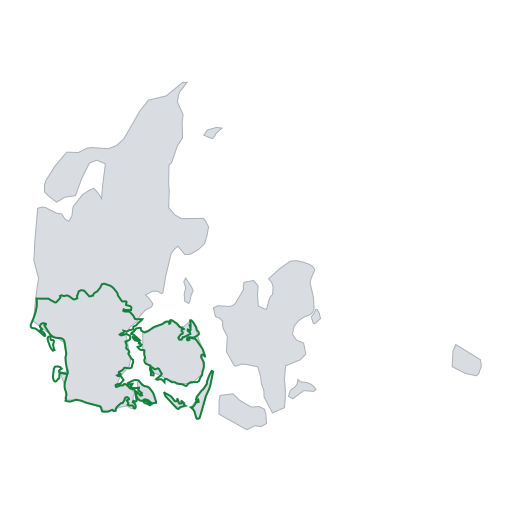 Syddanmark on a map of Denmark (Albers equal-area conic projection)
{"feature_id": "DNK-3417", "entity_name": "Syddanmark", "entity_type": "Region", "adm_level": 1, "iso_a3": "DNK", "parent_name": "Denmark", "parent_adm1": "", "projection": "albers", "projection_center": [9.703, 55.339], "detail": "fine", "context": "in_parent", "style": "outline", "palette": "green", "viewbox_px": 512, "rotation_deg": 0, "n_neighbors": 0, "source": "natural_earth", "source_scale": "10m", "svg_char_len": 9604}
<svg xmlns="http://www.w3.org/2000/svg" viewBox="0 0 512 512"><path d="M135.1,409.1L134.2,409.1L130.1,408.1L127.1,405.8L119.6,407.4L109.4,411.2L103.8,411.0L99.4,406.8L81.2,400.8L78.2,400.3L66.2,399.9L65.7,390.6L64.3,383.9L60.3,373.9L66.6,371.6L65.7,352.2L63.6,342.1L46.5,331.5L33.2,321.1L37.1,287.4L38.6,278.3L33.9,260.6L34.9,240.2L37.7,208.3L42.0,207.1L45.0,207.3L56.7,213.3L61.7,213.9L65.0,219.1L68.9,221.3L71.9,215.9L73.1,206.6L82.6,194.6L89.2,190.3L93.7,188.2L98.2,193.1L101.6,198.6L102.5,186.6L105.4,163.8L96.6,160.2L89.4,163.2L82.1,177.6L75.5,195.6L65.0,197.2L56.6,202.2L49.3,196.7L44.5,191.9L44.5,185.0L45.7,180.9L54.8,166.3L66.7,152.2L78.4,152.5L87.1,148.1L92.2,147.6L108.2,148.7L116.4,145.6L123.7,139.1L139.5,111.6L148.4,100.1L166.2,95.9L182.5,82.5L187.1,82.3L179.5,92.2L178.3,96.1L177.4,102.0L183.1,114.6L182.1,122.4L182.6,137.7L177.4,145.7L171.6,162.7L169.0,165.2L168.6,184.9L169.3,189.6L168.6,207.6L174.9,214.9L181.5,218.7L203.5,218.3L205.8,221.5L208.6,227.0L206.8,236.5L204.6,243.6L198.3,249.7L190.1,254.3L184.9,254.6L177.9,246.2L174.6,249.0L171.2,253.3L165.6,276.6L163.0,292.4L161.5,293.7L158.2,291.4L152.6,291.2L145.4,295.0L149.1,298.3L153.0,304.1L151.5,307.0L145.2,310.2L139.6,316.5L137.2,321.3L130.1,327.0L125.7,334.2L127.8,343.1L128.8,351.0L130.7,359.7L128.9,366.6L120.1,376.5L116.7,385.1L124.4,385.0L129.1,387.0L131.8,389.5L134.7,393.1L132.9,397.6L135.1,409.1ZM313.5,297.8L314.1,309.0L312.6,312.3L310.3,314.6L304.0,317.1L298.7,320.5L294.0,326.3L292.5,334.3L296.5,340.1L303.6,343.0L305.8,354.1L300.3,359.8L285.6,365.8L284.5,379.1L285.3,389.6L285.3,397.2L284.5,407.7L272.5,412.9L264.1,397.1L263.9,390.7L261.3,383.3L260.7,376.9L257.7,366.8L246.2,364.4L241.8,364.1L235.7,366.2L234.1,365.5L226.4,351.7L227.3,336.3L223.2,328.6L222.6,325.1L222.6,321.2L219.4,318.1L215.4,316.5L213.4,307.9L217.8,305.7L228.9,306.5L232.1,305.8L235.0,303.9L243.5,289.5L243.2,286.4L244.1,282.3L253.6,280.5L258.1,285.9L257.5,294.7L258.3,306.0L264.3,308.9L266.6,309.3L268.7,300.9L270.3,296.8L272.6,294.4L273.1,286.8L271.6,282.2L268.6,278.8L279.1,269.1L290.1,261.2L296.6,260.6L303.2,262.2L309.4,264.4L312.8,266.5L314.8,269.9L311.1,278.3L310.1,282.9L313.5,297.8ZM192.5,320.7L195.2,326.6L198.6,339.0L204.0,352.9L201.9,358.7L203.5,366.2L202.2,374.0L191.9,383.3L180.3,383.8L168.2,379.5L151.1,371.2L149.7,366.5L147.3,363.8L142.7,349.5L142.8,331.7L151.3,329.5L169.7,320.9L174.0,322.2L178.5,326.5L183.7,326.7L191.0,320.4L192.5,320.7ZM239.8,400.4L251.3,407.1L259.1,406.5L264.4,409.2L265.8,413.6L266.5,423.5L261.1,426.6L254.9,425.8L246.7,429.7L219.0,414.2L219.1,400.7L220.1,395.4L233.0,393.8L239.8,400.4ZM478.7,373.7L476.5,375.8L465.6,373.5L452.2,366.7L453.0,351.3L455.8,344.5L480.5,359.8L481.3,366.2L478.7,373.7ZM199.5,417.0L196.7,417.7L192.6,408.7L192.1,405.8L196.6,399.9L199.4,393.3L206.9,383.1L211.1,371.1L212.8,371.3L211.0,381.9L201.5,411.5L199.5,417.0ZM155.9,402.2L149.2,403.8L145.7,401.1L139.4,400.1L137.2,382.8L137.8,381.8L141.0,383.0L151.8,391.0L155.6,399.8L155.9,402.2ZM316.0,389.6L313.6,391.4L303.7,390.6L292.8,398.8L288.5,396.4L289.9,391.4L291.0,389.6L294.7,387.3L297.1,384.2L297.9,379.3L300.3,381.8L307.2,382.6L310.6,384.1L313.5,386.2L316.0,389.6ZM189.8,301.3L188.8,303.4L184.7,301.3L184.2,294.1L185.7,287.5L183.8,281.7L185.7,278.0L191.4,286.6L193.1,290.7L191.0,295.6L189.8,301.3ZM214.7,136.1L212.3,138.8L203.8,135.2L207.4,130.0L216.5,127.4L221.9,128.1L216.1,133.4L214.7,136.1ZM183.2,406.4L178.9,407.6L173.9,405.2L165.8,396.0L164.8,393.6L169.0,395.1L174.3,399.9L178.6,400.9L184.5,404.9L183.2,406.4ZM320.5,318.6L314.7,323.7L313.4,323.5L311.2,317.0L314.2,312.9L315.9,309.4L317.2,309.5L319.2,313.1L320.5,318.6Z" fill="#d9dde1" stroke="#a8b0b8" stroke-width="1"/><path d="M107.8,411.7L103.1,411.7L102.0,411.2L101.0,407.2L99.9,406.2L86.3,402.8L81.2,400.7L76.1,399.7L70.2,401.6L67.8,401.4L65.5,400.7L66.1,398.7L65.6,398.0L66.5,394.9L66.0,392.0L65.0,389.3L64.5,386.4L64.8,382.8L67.3,374.1L59.7,372.9L59.5,373.8L59.2,378.1L58.8,378.7L58.2,378.8L56.5,381.0L55.5,381.5L54.5,381.3L53.6,380.0L52.9,377.2L53.8,368.9L55.0,366.7L57.7,366.4L60.4,367.2L61.7,368.7L60.2,369.5L59.0,370.9L59.2,372.2L66.5,373.7L67.8,373.2L67.7,371.1L66.6,367.2L65.8,362.4L65.4,357.6L66.3,353.8L64.6,342.0L63.7,339.9L62.1,338.6L59.9,338.0L55.6,337.8L52.6,336.8L50.0,334.3L44.4,325.5L44.5,324.7L45.9,324.5L45.9,323.8L43.2,323.1L41.8,323.5L40.7,324.4L39.9,326.0L40.1,327.0L41.9,329.1L40.9,329.5L40.1,330.6L41.6,330.9L43.3,332.1L44.7,333.8L45.2,335.7L44.4,336.0L36.9,329.5L35.4,328.6L31.7,327.8L30.8,326.8L30.7,325.1L34.5,315.6L35.8,311.3L36.7,306.7L36.9,302.2L36.5,298.6L48.6,298.7L50.6,300.1L55.1,302.5L56.2,302.3L60.3,297.9L60.5,297.4L60.0,296.0L61.4,295.3L64.0,296.1L66.7,295.4L68.8,296.0L73.2,299.2L74.2,299.5L77.3,298.3L77.0,295.7L77.7,294.7L78.7,291.4L81.0,290.2L84.1,290.6L89.3,296.4L91.5,296.1L92.1,295.5L93.0,295.6L93.5,294.2L94.4,293.0L97.2,291.4L100.2,287.7L101.9,284.2L104.3,283.7L110.2,285.7L112.1,286.9L113.7,288.4L116.9,292.4L117.4,293.2L118.0,295.6L121.9,301.2L122.9,301.5L125.1,301.3L126.3,301.5L126.6,302.2L126.0,304.2L126.1,305.0L130.3,306.2L131.0,306.9L131.4,307.8L131.0,310.1L125.2,310.0L123.7,309.3L123.3,310.9L124.6,311.5L129.1,311.6L130.0,312.1L133.2,315.5L135.0,318.9L136.3,319.2L142.3,319.2L141.3,320.5L138.0,323.1L136.2,325.4L133.4,326.7L133.2,328.8L133.0,329.3L129.0,330.3L126.7,331.6L123.7,330.8L124.1,331.6L123.2,332.9L120.8,333.6L119.7,334.6L120.9,335.3L122.1,335.3L126.4,333.9L130.0,335.9L130.3,337.2L130.0,338.7L129.3,340.1L125.4,341.6L126.7,345.4L126.2,347.7L126.3,348.5L127.5,349.3L129.1,351.1L129.3,352.2L128.4,353.1L128.4,353.9L131.4,358.7L133.0,359.8L133.2,361.6L133.0,363.0L132.1,364.8L131.9,366.6L131.6,367.4L130.8,368.0L128.9,368.4L125.1,367.7L124.2,367.9L122.7,370.0L118.9,372.0L118.9,373.0L119.4,373.8L120.5,373.8L120.5,374.6L118.6,374.5L117.0,375.4L117.6,375.9L120.3,376.1L121.1,376.5L123.6,380.0L120.8,383.2L119.6,383.8L116.7,384.4L115.5,385.3L116.0,386.9L116.8,386.9L120.5,385.4L122.7,385.5L124.1,384.1L124.9,383.9L126.3,384.4L130.2,388.5L133.7,389.4L134.6,390.1L135.1,391.7L136.7,400.7L135.9,401.5L133.3,400.9L132.8,402.3L134.4,403.1L135.4,404.5L135.8,406.8L135.5,407.9L134.6,408.4L133.8,408.0L132.9,405.9L132.4,405.4L129.7,405.6L127.6,404.7L128.2,403.8L128.4,403.1L126.8,400.4L129.0,399.3L128.6,398.0L127.1,397.1L125.3,397.6L124.1,400.6L122.6,403.1L121.1,403.1L116.8,407.0L116.0,408.4L115.6,410.8L113.5,411.0L112.2,409.8L107.8,411.7ZM197.2,382.1L190.7,382.2L188.4,383.6L186.5,385.9L185.1,385.7L182.5,384.3L176.8,383.6L175.1,382.3L171.9,382.2L166.9,379.1L165.0,378.9L164.5,379.8L164.5,382.2L162.0,379.7L160.9,379.1L157.2,379.7L156.1,379.1L161.0,375.3L161.8,373.7L160.7,372.2L159.0,368.9L157.8,368.3L155.4,369.3L154.3,369.2L152.9,367.7L152.0,367.4L151.2,368.4L151.4,370.1L153.7,373.5L153.5,375.4L150.9,375.2L150.8,373.8L151.2,373.4L151.1,372.5L150.1,370.0L150.0,368.8L150.5,366.5L150.5,365.6L146.1,363.9L145.4,363.3L144.3,361.1L144.3,359.7L145.1,358.1L144.2,354.3L144.4,350.4L143.7,349.9L140.9,350.0L139.1,348.9L137.6,346.9L140.9,345.9L141.5,344.7L138.0,343.1L140.2,343.1L139.5,341.8L138.4,341.1L135.0,340.4L132.8,337.7L132.8,337.0L134.5,337.8L138.1,340.5L139.7,340.1L133.4,334.5L131.1,333.9L131.6,332.8L133.7,331.6L136.1,328.5L139.5,327.8L140.7,328.0L140.9,329.6L141.5,330.8L144.5,332.5L147.8,331.3L154.1,326.9L162.3,324.1L165.1,322.0L166.6,321.5L168.8,321.5L169.3,323.8L170.2,323.4L170.4,322.6L170.2,320.3L171.1,320.0L173.0,320.9L177.4,323.9L179.8,327.2L182.6,328.1L184.6,329.4L182.5,329.0L181.8,329.6L181.5,330.9L182.7,332.2L182.8,332.8L182.5,333.8L180.7,334.4L178.3,337.8L179.4,339.7L181.7,339.6L182.9,337.1L183.6,337.3L190.4,333.9L189.9,332.4L188.4,331.5L187.6,330.5L187.8,329.5L188.6,329.8L189.8,331.2L190.6,329.9L190.4,328.2L189.3,324.3L190.6,325.8L190.6,323.9L190.1,320.4L191.3,320.3L193.2,322.4L196.3,327.4L196.7,330.0L198.5,331.9L198.9,333.5L198.8,334.4L196.4,336.2L193.5,337.6L189.1,337.2L188.0,337.5L187.2,338.1L186.9,339.6L187.5,340.3L188.5,340.3L189.5,339.7L189.1,338.8L189.6,337.6L195.1,338.9L196.1,339.7L202.5,348.8L204.6,354.6L205.0,356.4L204.6,356.4L203.8,355.2L202.6,354.5L201.6,354.8L201.1,356.8L201.5,358.2L203.2,360.9L203.8,362.6L203.9,365.0L203.8,367.2L203.4,369.1L202.5,371.4L202.1,375.1L200.5,377.2L199.0,381.0L197.2,382.1ZM152.6,392.2L153.6,394.0L156.1,401.7L156.1,402.8L153.4,403.0L149.9,405.3L149.0,404.9L147.9,404.0L144.9,403.1L143.8,402.3L143.8,401.5L145.5,400.7L151.4,403.8L151.4,403.0L148.3,400.3L145.4,399.3L144.1,399.5L142.5,400.8L140.0,400.6L137.8,398.9L136.5,395.9L136.7,392.3L136.3,392.3L136.3,391.6L137.7,392.6L140.8,395.7L142.1,395.3L141.1,393.4L141.7,392.9L138.6,390.4L138.2,389.5L139.0,388.5L139.0,387.7L133.9,388.2L130.9,387.2L130.6,386.2L132.0,384.7L132.4,383.9L129.1,384.5L128.0,383.9L128.0,383.0L133.6,380.3L135.9,380.0L138.6,380.5L142.4,385.0L144.5,386.1L147.3,386.6L149.4,387.8L152.6,392.2ZM206.8,384.0L207.2,380.8L209.3,375.3L211.7,370.9L213.1,371.6L210.3,385.5L209.1,389.2L205.9,396.0L200.0,416.8L199.4,418.2L198.5,418.7L196.9,418.8L196.2,417.7L194.4,411.1L192.8,409.0L190.8,407.3L193.3,406.7L195.1,404.1L196.1,401.7L197.0,402.4L198.7,401.8L198.2,399.5L197.1,400.1L196.0,399.5L196.8,396.8L201.7,390.5L203.2,389.4L206.8,384.0ZM181.0,400.5L184.2,403.3L184.1,405.1L185.4,405.8L180.4,407.1L179.0,408.6L178.2,409.0L176.7,408.3L165.5,396.2L164.5,393.7L164.1,392.0L165.0,393.0L170.5,396.0L172.1,397.5L174.5,400.9L175.4,401.3L177.2,401.1L177.5,400.2L177.0,398.3L177.9,399.6L178.7,402.9L179.4,403.6L181.7,403.4L181.9,402.5L181.0,400.5ZM54.5,350.1L53.0,350.7L51.3,348.9L49.9,346.1L48.0,340.8L47.6,338.4L48.3,336.8L50.4,336.2L50.6,339.6L51.7,340.2L53.0,340.0L53.9,340.9L53.8,342.2L53.0,344.7L54.0,349.2L54.5,350.1Z" fill="none" stroke="#15803d" stroke-width="2"/></svg>